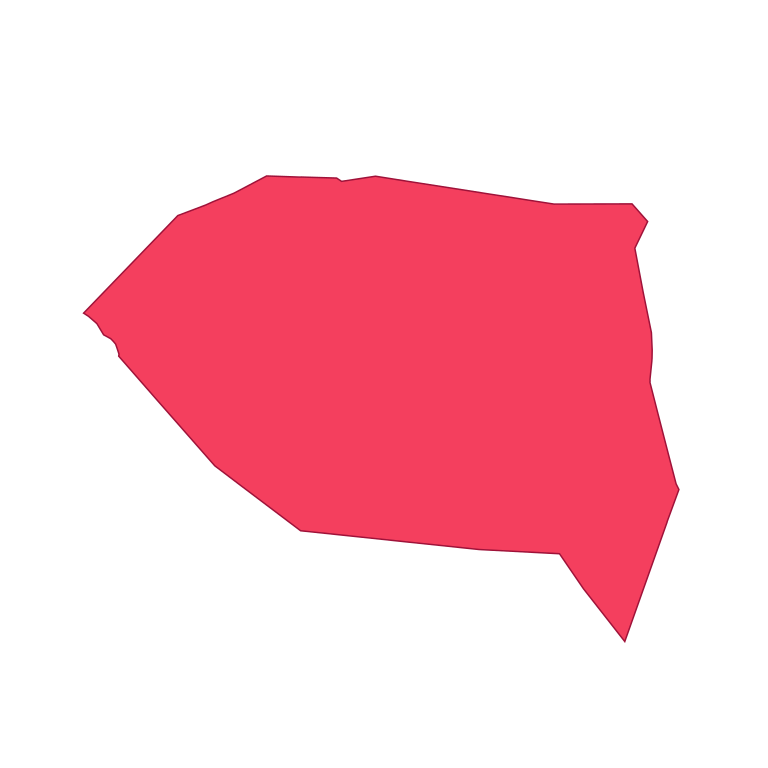 Santa María Apazco, Oaxaca, Mexico, rotated 279°
{"feature_id": "50627088B71489452682156", "entity_name": "Santa María Apazco", "entity_type": "district", "adm_level": 2, "iso_a3": "MEX", "parent_name": "Mexico", "parent_adm1": "Oaxaca", "projection": "natural_earth1", "projection_center": [-97.074, 17.63], "detail": "fine", "context": "isolated", "style": "filled", "palette": "rose", "viewbox_px": 768, "rotation_deg": 279, "n_neighbors": 0, "source": "geoboundaries", "source_scale": "gbopen_adm2", "svg_char_len": 863}
<svg xmlns="http://www.w3.org/2000/svg" viewBox="0 0 768 768"><g transform="rotate(279 384 384)"><path d="M580.0,305.0L576.0,274.0L575.5,270.0L575.2,268.6L572.6,247.5L571.1,235.5L548.9,205.8L537.3,186.6L532.9,179.9L518.1,154.0L407.0,76.2L404.6,81.6L398.7,91.0L388.7,99.4L386.0,107.0L383.6,110.2L381.4,112.7L377.1,115.0L372.0,117.6L370.0,117.6L333.6,161.2L276.7,229.7L261.0,259.0L226.0,324.6L228.8,377.6L231.6,431.8L235.4,503.8L243.8,583.9L212.9,613.1L167.3,662.1L291.8,685.2L292.4,685.2L325.9,691.8L331.1,688.1L360.0,675.5L400.8,657.8L426.6,646.7L427.0,646.5L427.3,646.4L428.0,646.3L428.3,646.4L430.0,646.0L448.1,645.0L451.4,644.7L459.3,643.6L476.5,640.1L515.5,625.5L557.4,610.5L585.7,619.0L600.7,600.8L588.3,523.8L588.2,496.6L588.2,485.3L588.1,458.0L587.9,374.1L587.9,343.1L577.5,310.4L580.0,305.0Z" fill="#f43f5e" stroke="#9f1239" stroke-width="1.5"/></g></svg>